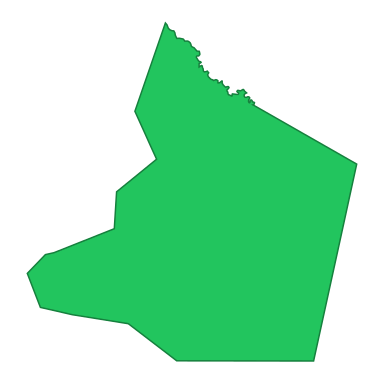 Kainanatu District, Eastern Highlands, Papua New Guinea
{"feature_id": "67681753B29556691348440", "entity_name": "Kainanatu District", "entity_type": "district", "adm_level": 2, "iso_a3": "PNG", "parent_name": "Papua New Guinea", "parent_adm1": "Eastern Highlands", "projection": "mercator", "projection_center": [145.899, -6.248], "detail": "fine", "context": "isolated", "style": "filled", "palette": "green", "viewbox_px": 384, "rotation_deg": 0, "n_neighbors": 0, "source": "geoboundaries", "source_scale": "gbopen_adm2", "svg_char_len": 1722}
<svg xmlns="http://www.w3.org/2000/svg" viewBox="0 0 384 384"><path d="M27.3,273.4L40.4,307.4L72.3,314.7L128.3,323.7L176.7,360.8L313.6,361.0L341.3,234.6L356.7,164.1L253.0,104.9L253.9,104.7L254.5,102.7L253.8,102.1L252.9,102.1L252.4,101.6L252.0,100.5L251.5,100.0L250.8,100.0L250.6,100.2L250.1,100.9L250.1,102.0L249.7,102.7L249.2,102.7L248.8,102.3L248.5,101.3L248.7,99.7L249.5,98.8L249.7,97.7L248.8,96.8L247.6,96.8L246.3,97.4L244.9,97.2L244.2,96.3L244.2,94.7L244.9,93.8L246.6,92.9L244.5,91.1L244.1,90.2L243.4,89.5L242.9,89.5L240.6,90.8L239.7,90.8L238.8,90.4L237.6,90.4L236.9,91.3L237.4,92.2L238.5,92.6L238.6,92.9L238.6,93.7L238.1,94.4L236.7,94.4L232.4,93.9L232.1,94.2L232.1,95.8L231.4,96.0L229.6,95.0L228.7,94.8L228.1,94.1L227.8,92.1L227.1,91.2L226.9,90.0L228.6,88.4L229.0,87.5L228.8,87.1L228.3,86.6L227.2,86.6L225.8,87.2L224.7,86.5L223.1,84.8L222.2,83.2L222.2,81.1L221.7,81.0L219.7,82.7L218.6,82.9L217.9,82.8L217.9,80.7L216.8,79.9L215.8,79.7L213.5,80.5L212.9,79.9L210.8,79.2L208.3,76.7L207.6,74.7L208.7,72.8L207.3,71.1L205.8,71.7L204.3,71.9L203.4,71.0L203.1,68.7L202.4,67.4L202.3,66.0L201.3,65.5L199.1,67.0L199.1,63.4L200.5,63.0L201.1,62.3L200.5,61.7L199.3,61.4L198.5,60.8L198.4,60.7L196.4,57.5L196.4,56.6L197.1,55.9L198.7,55.9L199.8,54.6L199.8,53.5L199.3,51.3L197.0,51.1L194.0,47.7L192.3,47.0L191.2,45.9L190.9,44.3L190.1,42.7L188.8,41.6L187.8,41.1L184.7,41.1L183.7,39.5L183.1,39.0L179.7,38.3L178.7,38.3L176.8,38.4L176.2,37.1L175.4,35.4L175.3,35.1L174.9,32.8L173.8,30.9L171.9,30.7L170.6,30.1L169.9,29.8L168.8,28.7L168.3,28.2L167.0,24.8L165.4,23.0L134.9,111.3L144.8,133.1L150.4,145.6L156.6,159.2L140.7,172.2L116.6,191.8L114.3,228.7L53.9,252.7L45.4,254.6L27.3,273.4Z" fill="#22c55e" stroke="#15803d" stroke-width="1.5"/></svg>